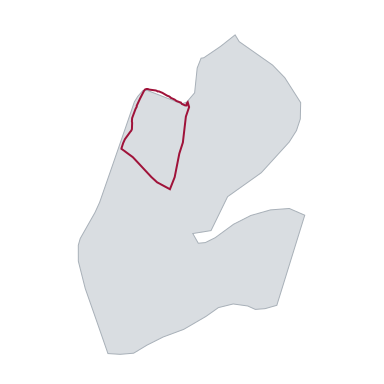 Dorra, Tadjourah, Djibouti shown in context, rotated 345°
{"feature_id": "41766387B22586556456338", "entity_name": "Dorra", "entity_type": "district", "adm_level": 2, "iso_a3": "DJI", "parent_name": "Djibouti", "parent_adm1": "Tadjourah", "projection": "orthographic", "projection_center": [42.487, 12.202], "detail": "fine", "context": "in_parent", "style": "outline", "palette": "rose", "viewbox_px": 384, "rotation_deg": 345, "n_neighbors": 0, "source": "geoboundaries", "source_scale": "gbopen_adm2", "svg_char_len": 1493}
<svg xmlns="http://www.w3.org/2000/svg" viewBox="0 0 384 384"><g transform="rotate(345 192 192)"><path d="M294.9,243.6L281.4,265.0L264.2,292.3L244.6,323.4L232.4,323.6L222.8,321.8L216.3,316.5L202.8,310.8L187.6,310.5L173.2,315.8L148.6,322.5L126.5,324.6L108.7,328.3L93.9,332.6L80.6,330.2L69.0,326.3L66.6,293.3L63.9,257.5L64.3,229.4L68.4,214.0L72.0,208.0L92.9,186.8L100.1,178.1L124.0,142.9L144.5,112.6L159.7,90.0L164.4,85.6L170.8,81.3L175.4,82.5L205.0,104.3L210.3,103.7L220.2,96.9L229.1,73.6L235.4,65.1L238.1,65.4L257.1,58.8L274.3,51.4L276.5,59.0L302.7,90.3L311.2,105.6L320.1,133.8L315.5,149.5L308.8,159.7L298.8,168.9L263.9,191.3L225.2,205.7L200.4,234.2L182.0,232.3L184.8,243.1L191.7,244.3L202.4,242.2L223.8,233.9L242.7,229.9L263.2,229.6L281.7,233.1L294.9,243.6Z" fill="#d9dde1" stroke="#a8b0b8" stroke-width="1"/><path d="M211.1,104.2L209.8,105.2L209.1,107.0L207.8,106.6L205.0,104.3L204.3,102.6L203.5,102.2L202.3,101.3L200.6,100.1L199.1,98.2L195.7,95.4L195.6,94.9L194.7,93.8L192.8,92.4L189.0,88.5L187.8,87.6L186.0,86.2L184.9,86.0L184.1,85.1L183.2,84.5L177.2,82.0L176.0,81.1L174.6,80.7L173.0,80.9L171.7,82.0L170.7,83.1L166.0,88.3L160.9,94.4L160.7,95.3L159.0,97.1L158.0,98.5L153.3,105.1L152.2,108.3L152.1,109.7L150.2,115.8L149.7,116.4L148.9,117.3L148.2,117.7L140.9,123.6L138.2,126.9L135.8,130.6L135.5,131.0L135.0,132.0L143.9,143.1L156.6,167.0L160.8,173.6L171.4,183.6L179.1,173.2L189.7,151.6L196.0,141.8L205.6,117.6L211.2,109.2L211.1,104.2Z" fill="none" stroke="#9f1239" stroke-width="2"/></g></svg>